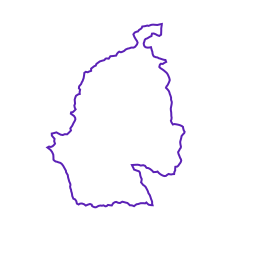 the district of Marabá Paulista, São Paulo, Brazil, rotated 148°
{"feature_id": "56859067B14081948497255", "entity_name": "Marabá Paulista", "entity_type": "district", "adm_level": 2, "iso_a3": "BRA", "parent_name": "Brazil", "parent_adm1": "São Paulo", "projection": "robinson", "projection_center": [-52.077, -22.12], "detail": "fine", "context": "isolated", "style": "outline", "palette": "violet", "viewbox_px": 256, "rotation_deg": 148, "n_neighbors": 0, "source": "geoboundaries", "source_scale": "gbopen_adm2", "svg_char_len": 4338}
<svg xmlns="http://www.w3.org/2000/svg" viewBox="0 0 256 256"><g transform="rotate(148 128 128)"><path d="M100.1,72.2L99.7,73.4L99.6,75.3L99.2,77.2L98.9,79.2L98.3,81.0L96.5,81.9L95.0,82.8L93.7,83.3L92.9,84.3L92.3,86.1L91.5,87.9L90.8,88.9L89.7,89.9L88.3,91.2L86.8,92.8L84.7,93.5L83.0,93.9L82.0,94.8L82.0,96.3L81.5,98.1L80.8,99.8L81.3,101.1L82.2,102.5L83.1,103.6L84.0,104.5L85.3,105.7L86.6,106.8L88.1,107.2L88.1,109.8L87.8,111.4L86.6,112.3L85.5,113.7L84.9,115.2L83.9,116.9L83.0,118.5L82.4,120.0L81.5,121.7L80.7,122.6L79.4,124.0L78.2,125.3L77.1,126.8L76.5,129.1L75.3,131.1L74.8,133.1L74.5,134.8L74.0,136.4L73.8,137.9L74.0,139.7L74.5,142.0L73.2,142.9L72.1,143.2L71.0,143.8L69.4,144.8L68.4,145.5L67.2,146.5L66.5,148.5L66.2,150.2L65.9,152.5L66.0,154.3L66.5,155.9L66.9,157.2L67.4,158.6L68.2,160.4L68.8,161.6L69.1,163.2L67.4,164.8L66.1,165.1L64.6,163.9L62.5,164.0L60.6,163.8L60.2,165.8L61.3,166.7L62.3,167.8L63.2,168.9L64.0,169.9L64.9,170.8L65.6,172.2L66.9,173.3L68.2,175.1L68.1,176.8L67.7,178.2L67.0,179.6L66.6,181.4L66.2,182.7L65.7,184.4L67.2,184.9L69.0,185.9L70.2,187.1L70.7,188.3L70.5,190.0L69.8,191.5L68.4,192.6L67.1,193.8L65.9,194.2L64.7,193.9L63.4,193.8L61.2,193.8L59.4,193.5L58.5,194.5L57.6,195.3L56.1,194.5L54.9,192.9L54.0,191.2L52.7,189.5L50.5,189.6L49.2,191.5L48.1,193.1L47.3,194.5L46.0,196.1L45.1,197.1L44.2,198.3L45.8,198.9L48.5,199.8L50.4,201.2L51.7,202.2L53.0,202.9L54.2,203.3L55.5,203.5L56.6,203.8L57.4,204.7L58.9,205.1L60.4,205.7L62.1,206.5L63.3,205.6L64.4,205.3L66.6,205.3L68.5,204.6L69.6,205.1L71.7,205.4L73.8,204.6L74.3,201.9L74.4,199.2L74.3,197.1L74.6,195.3L76.1,194.1L77.5,193.6L78.9,193.1L80.6,193.2L81.7,193.9L82.7,194.5L84.7,194.9L86.3,195.5L88.5,195.8L90.3,195.4L92.3,195.6L93.9,196.0L95.0,197.4L96.3,197.3L97.9,196.8L99.7,195.7L102.8,197.1L104.9,198.2L107.6,197.0L109.2,198.3L110.3,198.7L112.1,198.1L114.7,198.9L116.7,199.4L118.1,199.3L120.8,199.1L122.3,198.0L123.9,198.3L127.8,197.9L129.0,196.0L131.1,196.5L132.6,196.6L134.0,198.0L135.8,197.9L137.2,196.1L139.2,193.8L141.8,191.8L142.9,191.3L144.5,190.1L145.9,189.7L147.4,189.2L148.6,187.7L148.3,185.9L150.0,184.1L150.9,182.4L152.1,182.9L153.5,182.9L154.9,182.9L156.0,182.2L158.1,180.4L158.7,179.3L160.0,176.7L161.6,175.5L162.4,173.4L162.5,171.6L164.2,171.1L166.4,170.7L168.0,171.4L168.9,170.4L167.4,166.8L167.4,164.7L168.0,163.3L169.1,162.4L171.7,161.0L174.2,159.4L175.8,158.8L177.1,158.2L177.7,156.1L179.6,155.6L182.9,154.9L185.0,156.3L187.0,156.6L188.6,158.0L190.1,160.5L191.0,162.2L193.7,163.0L195.6,163.7L196.6,161.9L196.4,160.2L196.0,157.8L197.6,155.9L198.2,153.4L199.6,152.9L201.6,152.5L203.5,152.8L204.8,154.1L206.7,154.2L206.1,152.6L205.3,150.5L205.1,147.8L205.5,145.0L206.5,143.1L208.0,140.6L207.7,139.2L207.1,137.9L206.2,137.1L205.2,135.8L203.8,134.2L203.2,132.5L203.0,130.3L203.1,128.2L203.2,126.4L203.3,124.6L203.9,123.4L204.0,121.7L204.0,120.1L205.0,117.8L205.6,115.7L206.2,113.7L206.5,111.4L207.0,110.2L208.1,109.1L208.8,107.4L209.0,105.9L209.7,104.4L210.0,103.0L210.6,101.4L211.3,99.9L211.8,97.0L210.7,95.5L210.6,93.4L211.4,91.0L210.4,89.3L208.8,89.3L207.1,88.4L205.7,86.7L204.9,84.6L203.5,84.4L202.4,84.2L200.5,83.7L199.4,82.2L199.8,80.9L199.2,79.7L198.4,78.6L197.3,77.8L195.8,77.6L194.4,77.6L192.5,76.9L191.3,75.9L189.8,75.4L188.7,73.6L187.5,73.1L185.8,73.4L184.3,72.1L182.8,70.9L181.6,71.5L180.2,72.1L178.2,72.0L177.1,71.5L176.0,69.8L174.5,68.6L173.3,68.6L171.9,68.5L170.8,67.4L169.6,66.1L168.2,64.7L167.7,62.9L167.4,61.5L166.3,60.8L165.3,59.9L164.3,58.5L162.7,58.7L161.2,58.8L159.6,58.1L157.1,57.5L155.1,56.3L153.4,55.0L151.9,55.1L151.6,53.5L151.1,52.0L149.5,50.5L148.1,49.5L147.6,51.2L146.7,52.5L146.3,54.1L146.1,55.4L145.6,57.3L145.1,59.5L145.2,61.9L144.7,63.7L144.5,65.5L144.4,67.0L144.3,68.7L144.7,70.3L145.4,71.9L145.5,73.5L145.7,75.0L144.5,76.1L143.4,77.5L143.2,79.4L142.7,81.3L142.1,82.6L141.5,84.1L141.7,85.6L143.1,87.2L144.0,88.4L144.9,89.5L144.6,91.2L144.5,92.7L144.3,94.5L142.4,93.5L140.9,92.7L139.1,91.6L138.1,90.7L137.1,89.4L136.0,88.9L134.8,88.4L133.6,86.9L133.4,84.4L131.9,83.1L130.9,81.3L130.1,78.9L129.8,77.1L128.5,76.4L127.2,75.7L126.0,75.4L125.7,73.5L125.0,71.5L123.9,69.5L122.7,68.0L121.3,67.3L119.6,67.5L117.9,67.5L117.0,66.5L116.0,65.7L114.6,65.2L113.3,64.5L112.0,66.1L110.5,67.0L109.5,68.6L108.4,70.0L106.7,69.2L105.3,69.4L103.8,70.1L102.4,70.6L101.1,71.3L100.1,72.2Z" fill="none" stroke="#5b21b6" stroke-width="2"/></g></svg>